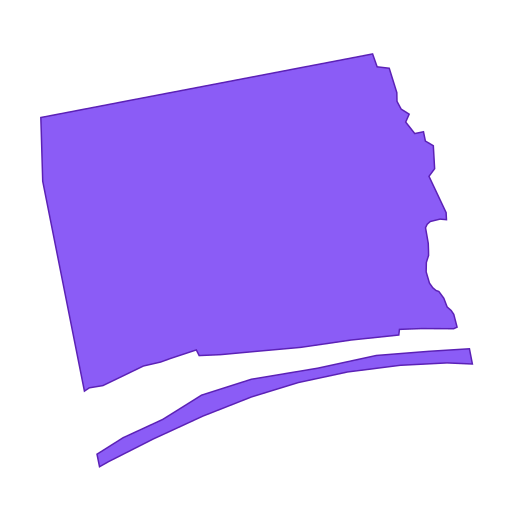 outline of Kenedy, Texas, United States of America, rotated 79°
{"feature_id": "52423323B29588841600752", "entity_name": "Kenedy", "entity_type": "district", "adm_level": 2, "iso_a3": "USA", "parent_name": "United States of America", "parent_adm1": "Texas", "projection": "orthographic", "projection_center": [-97.553, 26.941], "detail": "fine", "context": "isolated", "style": "filled", "palette": "violet", "viewbox_px": 512, "rotation_deg": 79, "n_neighbors": 0, "source": "geoboundaries", "source_scale": "gbopen_adm2", "svg_char_len": 1029}
<svg xmlns="http://www.w3.org/2000/svg" viewBox="0 0 512 512"><g transform="rotate(79 256 256)"><path d="M355.9,450.2L353.6,444.8L354.0,431.0L342.5,387.5L341.9,369.9L340.3,359.8L336.8,332.5L342.9,330.8L346.1,309.4L349.7,273.4L354.2,229.7L356.6,178.9L360.8,130.9L355.4,129.2L358.8,107.4L365.1,75.8L364.2,72.2L351.0,73.0L346.8,74.8L342.5,78.1L333.3,79.7L325.7,83.3L324.2,85.9L320.8,88.6L315.7,90.9L304.1,92.0L294.8,90.0L288.4,86.5L284.0,85.7L276.5,84.5L260.6,84.2L257.5,81.9L255.4,78.4L254.9,68.3L256.7,62.1L249.7,61.1L210.8,71.0L204.4,64.0L181.6,60.9L175.5,67.8L166.0,67.9L166.1,76.8L153.1,83.5L146.0,78.6L139.5,85.5L131.1,88.1L122.5,86.6L97.1,89.4L93.4,101.0L79.9,103.0L79.2,346.8L79.0,440.8L93.2,443.1L141.9,451.1L355.9,450.2ZM433.0,449.8L429.7,439.9L416.1,392.1L403.0,338.6L393.5,287.5L388.3,238.6L387.3,188.3L390.8,135.3L397.4,88.8L403.3,64.2L387.8,64.2L382.5,104.9L376.6,156.9L377.9,216.6L376.1,284.1L382.2,336.0L398.6,378.7L409.0,421.1L420.2,449.9L433.0,449.8Z" fill="#8b5cf6" stroke="#5b21b6" stroke-width="1.5"/></g></svg>